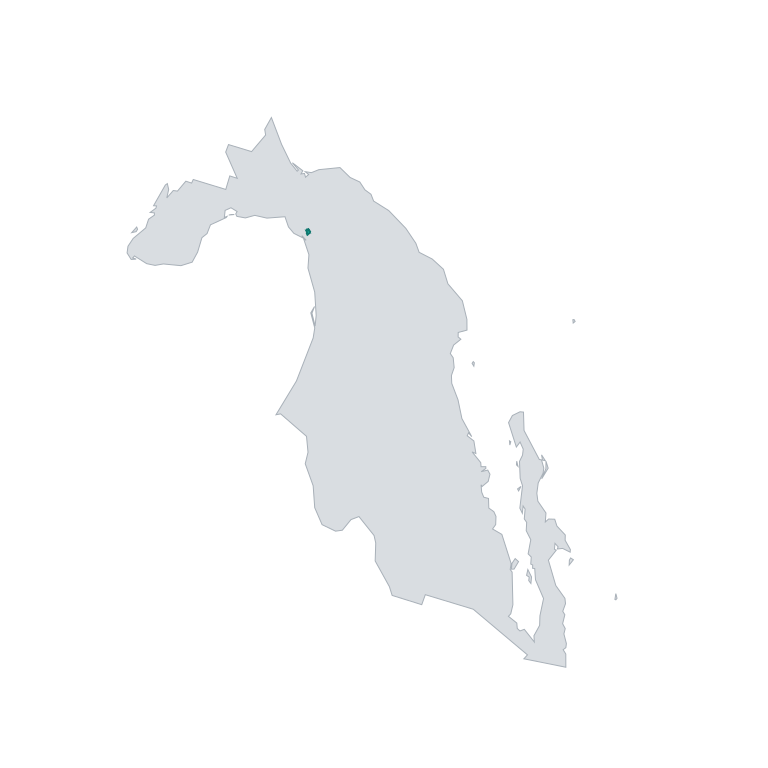 location of Ixmatlahuacan, Veracruz, Mexico, rotated 197°
{"feature_id": "50627088B11055849709035", "entity_name": "Ixmatlahuacan", "entity_type": "district", "adm_level": 2, "iso_a3": "MEX", "parent_name": "Mexico", "parent_adm1": "Veracruz", "projection": "equal_earth", "projection_center": [-95.886, 18.498], "detail": "fine", "context": "in_parent", "style": "filled", "palette": "teal", "viewbox_px": 768, "rotation_deg": 197, "n_neighbors": 0, "source": "geoboundaries", "source_scale": "gbopen_adm2", "svg_char_len": 5320}
<svg xmlns="http://www.w3.org/2000/svg" viewBox="0 0 768 768"><g transform="rotate(197 384 384)"><path d="M127.3,166.3L169.9,162.1L167.6,166.9L232.8,194.7L282.9,194.6L283.4,184.0L314.4,184.2L319.6,191.8L340.7,212.2L345.4,229.5L349.2,236.2L369.2,249.9L375.9,244.7L381.1,232.0L387.3,229.1L402.1,231.4L414.1,245.5L422.0,266.0L436.0,284.7L436.7,296.5L442.8,311.3L474.1,325.2L478.3,323.0L468.6,361.3L465.2,407.3L466.6,417.3L474.8,430.6L473.1,437.8L473.6,430.6L466.8,419.2L468.9,429.7L477.1,451.6L490.6,472.6L493.6,485.7L503.1,499.1L500.5,498.7L505.9,501.9L504.2,500.0L514.2,501.7L521.3,506.3L527.6,515.0L544.5,508.4L556.9,507.5L565.1,502.3L573.7,501.3L575.5,503.3L574.9,506.0L581.9,507.8L586.7,503.6L585.4,496.7L583.1,498.4L583.6,497.0L596.5,485.5L597.2,476.1L600.9,470.7L600.8,455.6L603.1,444.4L612.8,437.8L630.1,434.3L637.6,430.5L646.1,429.7L660.1,433.5L661.2,431.1L657.5,431.0L662.2,429.2L668.0,434.2L669.1,440.9L666.4,449.9L657.5,463.6L657.3,472.8L652.9,478.4L653.7,480.5L657.8,479.7L653.5,485.5L653.6,487.8L656.5,487.1L651.3,510.3L649.8,512.3L646.8,507.1L646.1,498.4L642.1,507.4L637.9,508.1L632.8,520.0L626.7,519.9L626.2,523.8L592.2,523.8L592.3,537.9L584.5,537.8L603.2,559.5L602.7,567.5L578.6,567.5L570.0,587.5L572.5,592.6L569.6,605.9L552.0,583.2L537.9,568.0L529.3,562.1L528.4,563.6L536.3,568.8L524.0,564.2L524.8,560.6L521.6,562.1L519.5,558.8L517.3,562.3L521.4,564.0L515.2,564.9L509.0,569.9L489.4,578.1L476.8,571.6L466.2,570.1L459.0,564.1L451.9,561.6L447.4,555.9L430.1,551.2L408.6,539.2L394.7,527.9L388.9,520.2L374.4,517.6L360.7,511.1L352.2,498.5L333.4,486.5L323.6,470.0L320.4,459.8L328.1,455.0L326.9,450.7L323.6,449.3L328.8,441.6L329.5,432.5L325.5,429.3L321.7,420.2L322.0,411.8L319.4,404.4L308.6,390.5L299.4,373.7L284.7,359.3L288.9,362.0L289.3,358.8L281.4,355.8L275.8,344.4L279.9,344.8L268.5,337.1L267.0,333.3L262.5,334.7L261.9,333.0L265.4,328.6L259.6,332.0L256.3,328.7L255.9,321.3L260.2,314.7L261.7,316.0L259.0,309.2L255.5,304.9L250.6,305.1L247.5,296.0L241.6,294.0L238.2,290.1L236.1,282.2L237.8,277.1L227.3,274.6L209.9,249.4L209.1,243.5L206.5,241.6L196.2,210.6L195.6,201.3L197.1,198.2L187.1,194.2L185.1,189.2L181.8,187.6L178.1,190.4L164.8,181.2L167.0,187.1L164.6,198.7L167.1,207.9L168.7,225.5L181.9,241.1L185.9,251.6L188.0,251.2L188.9,254.4L191.0,254.7L192.6,261.6L196.5,263.7L198.1,278.0L205.1,285.3L207.1,293.4L210.4,296.0L212.5,305.7L215.3,308.0L213.9,300.8L217.8,305.0L221.8,327.2L226.2,333.6L231.8,349.6L230.7,356.4L231.8,362.4L236.9,368.3L239.0,362.4L253.6,383.5L252.0,391.4L245.8,397.2L242.4,397.9L236.5,380.5L213.4,357.2L211.2,357.5L206.6,350.3L205.8,345.3L207.6,334.5L205.9,324.2L202.6,316.9L191.4,308.0L189.4,299.2L187.1,303.0L181.2,304.6L177.1,298.7L166.5,292.6L165.1,287.5L157.4,280.2L156.8,277.6L165.1,279.0L170.0,276.9L169.9,279.2L173.9,281.6L172.7,275.8L170.7,275.4L175.3,263.6L160.8,241.5L148.3,231.9L146.2,227.0L146.6,218.9L143.6,216.2L143.1,207.0L139.2,203.1L138.9,197.6L133.7,189.1L133.0,185.1L135.0,182.3L131.2,178.9L127.3,166.3ZM209.2,249.8L207.5,255.4L203.4,253.5L205.5,245.0L208.0,244.2L209.2,249.8ZM192.2,248.6L186.5,242.6L185.2,236.2L188.1,238.3L188.7,241.8L191.7,242.7L192.2,248.6ZM666.4,461.8L664.9,459.9L665.6,457.2L669.5,455.0L666.4,461.8ZM206.5,357.5L202.4,351.5L205.5,339.4L204.4,350.3L206.5,357.5ZM154.7,272.2L151.5,271.3L154.0,265.0L155.2,269.7L154.7,272.2ZM101.0,251.3L98.5,247.2L99.2,245.4L100.2,245.5L101.0,251.3ZM210.2,357.6L212.6,362.3L207.3,357.8L210.2,357.6ZM305.8,429.5L305.2,431.5L303.8,430.7L303.3,427.3L305.8,429.5ZM233.7,345.4L234.5,349.0L231.8,344.4L233.7,345.4ZM224.0,321.1L225.6,322.7L223.1,326.1L224.0,321.1ZM222.2,500.7L221.1,501.2L219.5,499.7L220.9,497.6L222.2,500.7ZM579.7,501.4L576.7,502.3L581.8,500.2L579.7,501.4ZM247.4,366.3L245.9,365.9L245.8,362.4L247.4,366.3Z" fill="#d9dde1" stroke="#a8b0b8" stroke-width="1"/><path d="M501.2,503.5L500.9,503.8L500.9,504.0L500.9,504.3L500.9,504.6L500.9,504.8L500.8,505.0L500.7,505.0L500.4,505.1L500.2,505.0L500.1,505.3L500.0,505.5L499.9,505.7L500.0,505.8L499.9,505.8L499.7,505.9L499.7,506.0L499.8,506.0L499.7,506.1L499.4,506.2L499.4,506.3L499.3,506.5L499.2,506.5L499.0,506.8L498.8,507.0L498.7,507.0L498.8,507.0L499.0,507.2L499.3,507.1L499.3,507.3L499.2,507.3L499.3,507.4L499.3,507.5L499.2,507.5L499.2,507.4L499.2,507.5L499.0,507.8L499.0,508.0L499.0,508.3L499.2,508.5L499.3,508.5L499.5,508.6L499.8,508.6L500.0,508.7L500.1,508.8L500.3,508.7L500.2,508.6L500.2,508.4L500.3,508.4L500.4,508.5L500.6,508.5L500.8,508.6L500.8,508.8L500.7,508.8L500.7,509.2L500.9,509.1L501.0,509.1L501.1,509.3L501.0,509.5L500.9,509.6L500.9,509.8L500.9,509.7L501.0,509.7L501.0,509.8L501.3,509.8L501.4,509.7L501.4,509.8L501.5,509.8L501.6,510.0L501.7,509.9L501.8,509.9L502.0,509.8L502.1,509.7L502.3,509.5L502.4,509.4L502.4,509.5L502.5,509.4L502.5,509.5L502.9,509.6L503.0,509.5L503.0,509.4L503.1,509.2L502.9,508.9L502.9,508.7L503.0,508.7L503.2,508.4L503.2,508.2L503.3,508.2L503.2,508.2L503.3,507.9L503.2,507.9L503.3,507.9L503.2,507.8L503.1,507.7L502.9,507.5L502.7,507.5L502.7,507.4L502.6,507.2L502.4,507.2L502.2,507.1L501.9,507.0L501.9,506.9L501.8,506.7L502.1,506.6L502.1,506.4L502.1,506.2L502.2,505.8L502.2,505.7L502.1,505.4L501.8,505.1L501.7,505.1L501.4,505.1L501.5,505.0L501.5,504.9L501.4,504.7L501.2,504.7L501.3,504.5L501.3,504.4L501.2,504.3L501.2,504.2L501.0,503.9L501.1,503.7L501.2,503.5Z" fill="#14b8a6" stroke="#0f766e" stroke-width="1.5"/></g></svg>